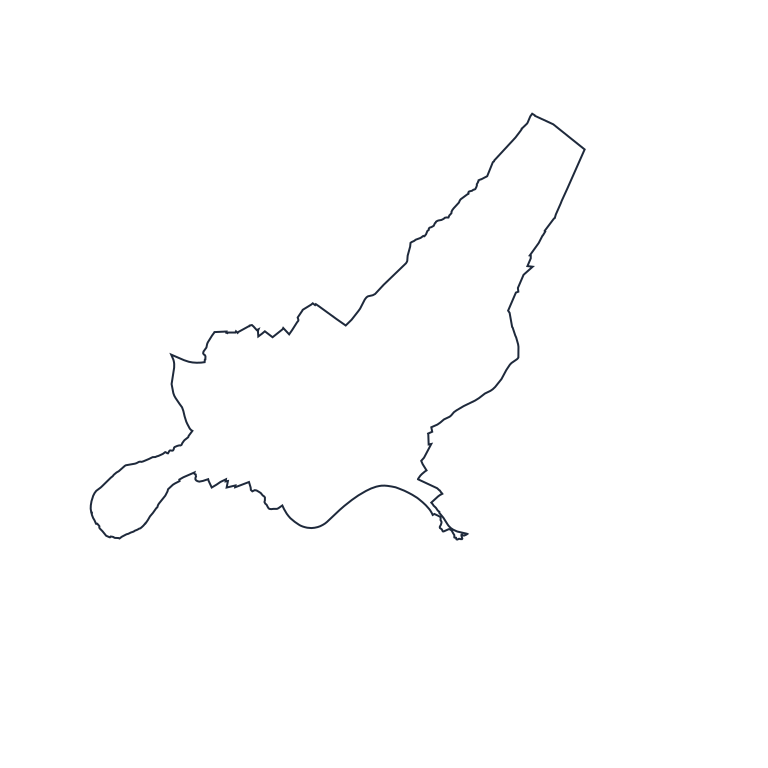 Zutphen, Gelderland, Netherlands, rotated 317°
{"feature_id": "6326949B28786285357983", "entity_name": "Zutphen", "entity_type": "district", "adm_level": 2, "iso_a3": "NLD", "parent_name": "Netherlands", "parent_adm1": "Gelderland", "projection": "equal_earth", "projection_center": [6.221, 52.129], "detail": "fine", "context": "isolated", "style": "outline", "palette": "slate", "viewbox_px": 768, "rotation_deg": 317, "n_neighbors": 0, "source": "geoboundaries", "source_scale": "gbopen_adm2", "svg_char_len": 6106}
<svg xmlns="http://www.w3.org/2000/svg" viewBox="0 0 768 768"><g transform="rotate(317 384 384)"><path d="M330.3,513.0L332.2,513.4L333.8,517.4L334.5,519.5L334.5,519.8L334.0,520.7L332.6,522.0L332.1,523.9L331.4,524.7L329.5,525.8L327.6,526.4L327.0,526.9L326.7,527.5L327.1,529.3L327.1,529.9L326.5,531.8L326.7,532.2L327.3,532.6L332.3,534.3L332.8,534.8L333.2,535.7L333.5,536.9L333.4,537.9L332.8,540.2L332.4,542.4L330.8,544.2L330.9,544.5L331.8,545.6L331.2,546.7L331.1,547.1L331.6,547.8L333.4,548.4L334.3,549.8L335.2,550.6L335.8,550.5L337.2,547.7L337.9,547.1L338.3,547.3L338.7,548.9L339.2,549.5L341.4,550.3L342.7,550.5L342.6,550.2L342.0,549.3L337.0,541.9L335.3,537.9L334.6,535.0L334.5,532.0L334.7,530.3L336.2,522.4L336.6,515.9L337.3,515.3L337.0,513.2L337.5,510.2L337.5,509.1L337.3,506.7L337.6,505.5L337.7,503.0L347.0,503.1L349.3,503.4L351.8,504.1L351.9,503.6L351.7,503.3L352.2,499.9L352.0,499.5L351.8,496.5L343.9,476.9L344.3,476.6L348.1,475.8L350.4,475.7L354.4,475.9L356.2,476.2L356.5,474.6L357.6,469.0L358.8,465.6L363.0,465.2L377.7,460.1L375.4,458.7L382.0,451.1L382.4,450.3L386.7,451.8L389.1,447.9L395.4,450.1L398.9,450.6L403.7,450.8L409.7,452.7L411.8,452.8L415.9,452.3L419.0,452.7L427.2,454.5L439.2,458.2L443.8,459.1L451.3,459.8L457.2,461.6L459.9,462.0L463.2,462.0L473.3,460.5L483.0,457.2L489.3,455.7L491.6,455.6L498.4,456.6L499.9,456.4L500.4,456.2L507.7,448.5L509.1,446.5L512.4,440.1L513.1,438.0L516.6,430.4L516.6,429.7L524.4,417.6L524.8,415.0L542.8,407.1L545.2,408.1L547.4,405.1L560.6,399.3L572.7,399.6L569.3,395.6L577.0,392.2L578.9,390.2L578.3,389.4L593.3,386.4L601.1,383.6L601.5,383.7L605.8,382.5L605.7,382.0L605.9,381.6L620.5,379.0L621.4,378.9L622.1,379.1L625.3,377.2L636.3,372.5L639.0,371.2L651.6,366.0L690.7,349.3L684.9,309.5L677.3,290.9L677.5,290.3L676.7,287.4L673.6,288.0L667.3,290.8L666.2,291.1L659.7,291.2L658.9,291.1L658.6,291.5L656.4,292.0L648.3,293.4L617.2,295.7L616.2,296.2L614.9,296.0L601.2,302.4L594.7,300.6L594.3,300.3L592.1,299.5L591.4,300.1L590.9,300.1L590.5,300.5L588.1,301.2L587.4,302.1L585.7,303.0L583.7,303.7L582.9,303.5L581.9,302.9L580.2,302.7L577.8,301.4L577.1,301.2L576.0,301.7L575.6,302.5L575.3,302.5L574.7,302.2L573.2,302.0L566.1,301.2L564.6,301.5L562.5,302.4L554.8,303.0L552.5,303.4L550.8,304.1L549.9,305.0L549.6,305.1L546.7,305.3L544.7,306.2L543.1,304.7L541.8,303.9L540.3,303.9L537.9,303.2L535.1,301.4L533.5,300.9L532.7,300.8L531.9,301.2L530.9,301.1L528.3,302.2L525.7,301.6L524.0,300.8L523.3,300.8L522.8,300.9L521.9,301.8L520.0,301.7L516.8,303.2L514.4,303.5L514.1,303.4L513.7,302.5L510.4,302.1L505.6,300.1L503.6,299.9L500.9,299.0L499.6,298.9L496.9,301.3L488.8,306.3L485.0,309.8L484.2,310.2L482.5,310.7L451.3,311.2L438.9,312.1L436.3,311.4L432.2,309.0L431.4,308.8L430.1,308.7L427.6,309.1L417.9,312.6L414.9,313.2L404.1,314.9L395.9,315.1L393.5,303.8L389.4,282.7L388.6,279.1L387.4,279.3L386.9,276.4L384.9,276.3L375.1,274.3L374.5,274.6L366.2,276.5L365.2,278.6L364.7,279.1L364.4,279.3L362.4,279.6L353.6,281.9L348.5,283.0L348.5,274.3L347.2,274.8L334.4,273.8L332.8,264.2L329.0,264.0L324.5,263.5L327.6,259.7L328.5,258.9L329.6,258.4L328.6,258.1L328.1,258.2L327.7,258.0L327.8,253.1L327.6,250.8L325.6,249.6L325.0,249.9L324.7,249.6L312.9,246.6L311.8,246.8L311.7,244.5L310.4,245.0L304.8,239.8L304.2,240.0L303.6,238.9L304.6,238.2L295.4,230.4L294.5,230.7L291.3,231.3L283.5,233.4L282.0,234.1L279.0,236.2L274.4,237.1L273.6,237.5L272.7,238.2L272.5,238.8L272.4,239.6L272.7,241.0L272.2,242.1L270.1,244.2L269.6,244.0L267.7,245.7L264.8,243.6L261.5,240.7L258.7,237.7L256.4,234.6L254.0,230.2L248.4,217.4L246.5,222.7L245.3,224.8L244.2,226.3L241.7,228.9L228.6,239.2L223.7,247.0L222.6,249.6L222.0,252.1L220.9,259.1L220.4,263.3L218.9,266.8L216.1,271.7L213.7,276.7L212.9,279.1L211.6,283.9L211.5,285.0L211.6,286.5L211.9,287.6L205.8,288.7L204.5,289.4L199.9,289.0L198.9,289.1L196.1,289.7L194.5,290.4L194.1,290.4L193.2,290.1L192.3,289.2L190.6,288.3L187.8,287.3L187.1,287.4L185.7,288.3L184.5,288.7L183.6,288.3L182.3,286.7L182.0,286.6L181.2,286.6L178.8,287.4L178.3,286.9L178.0,285.7L177.7,284.8L177.5,284.6L174.6,284.3L170.1,282.8L168.3,281.9L167.0,281.5L164.9,279.7L160.9,278.5L155.2,276.4L153.6,275.6L152.6,274.4L151.6,273.8L149.0,273.1L147.5,272.4L139.8,267.4L138.6,267.1L130.5,266.9L128.1,266.3L124.5,266.1L122.7,266.4L120.4,266.2L108.3,266.5L106.3,266.5L100.7,265.9L97.9,266.4L94.9,267.5L93.4,268.4L90.2,270.2L86.8,272.8L84.4,275.2L82.3,278.3L82.7,278.8L82.3,279.3L81.8,279.4L81.1,280.6L79.9,283.6L79.3,286.3L78.1,289.7L78.1,290.0L78.8,290.3L79.0,290.6L78.9,293.7L78.7,294.1L77.9,294.8L77.6,295.7L77.7,299.7L77.3,305.5L78.8,309.0L79.2,309.3L80.0,309.1L80.9,310.1L81.8,311.5L81.9,312.4L82.3,313.1L84.7,315.5L85.2,316.6L88.1,316.9L93.2,318.3L94.9,319.2L97.4,319.9L100.3,321.2L101.5,321.3L104.4,322.4L106.3,322.8L107.4,323.4L109.4,323.5L111.6,323.5L114.5,323.1L114.5,323.3L115.2,323.2L118.7,322.4L122.6,321.2L127.0,320.7L132.8,319.5L134.1,319.6L136.0,318.5L137.6,318.0L147.9,316.5L152.4,314.9L154.3,313.7L160.9,313.7L163.4,314.2L168.3,315.6L169.1,314.3L173.7,315.4L185.0,319.4L184.1,319.9L184.2,320.8L184.6,321.8L183.8,322.7L183.4,323.5L182.3,323.9L181.4,324.7L181.0,325.3L180.9,326.4L181.3,327.8L182.3,329.4L185.5,331.4L190.5,333.7L189.7,335.2L187.4,342.2L192.9,343.4L197.6,344.1L203.4,345.9L201.7,347.2L203.7,348.5L198.3,352.4L206.2,356.9L204.7,358.0L204.9,358.1L218.4,363.6L215.9,368.7L214.4,370.7L214.5,372.7L217.1,373.5L218.2,375.0L218.9,377.3L219.5,379.6L219.3,382.8L219.7,384.6L219.5,385.8L217.5,387.9L216.2,388.7L216.0,389.0L215.6,390.6L215.8,392.2L215.1,394.7L214.8,396.4L215.3,397.6L216.3,398.7L218.1,400.0L220.5,402.3L221.9,402.8L226.8,403.5L225.6,407.2L224.4,412.5L224.1,415.4L224.0,418.3L224.7,423.9L225.8,428.8L226.3,430.5L227.3,432.7L228.4,434.6L229.8,436.7L232.6,439.8L235.2,441.8L237.9,443.4L240.4,444.5L243.2,445.3L245.7,445.8L248.2,446.0L266.0,445.9L271.8,446.1L281.5,446.9L289.3,448.0L297.8,449.9L303.3,451.6L308.3,453.8L311.0,455.4L313.0,456.8L315.1,458.7L317.1,460.9L319.7,464.2L322.0,467.4L323.5,470.4L326.1,475.9L327.8,480.4L329.1,484.2L330.6,489.7L330.9,491.4L331.6,496.8L331.9,501.2L331.8,505.9L331.6,507.9L331.0,510.8L330.3,513.0Z" fill="none" stroke="#1e293b" stroke-width="2"/></g></svg>